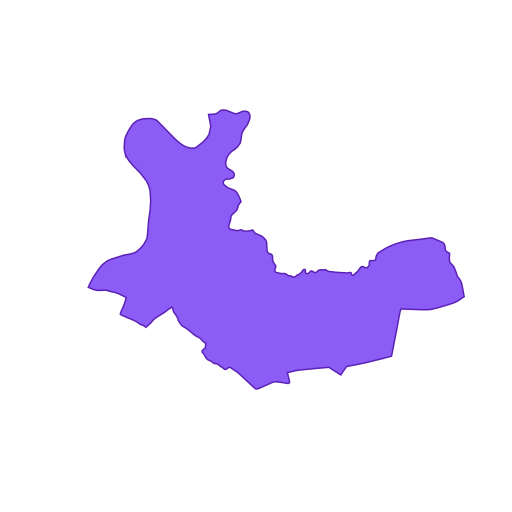 outline of Quan 12, Hồ Chí Minh city, Vietnam, rotated 223°
{"feature_id": "81297802B78652503258302", "entity_name": "Quan 12", "entity_type": "district", "adm_level": 2, "iso_a3": "VNM", "parent_name": "Vietnam", "parent_adm1": "Hồ Chí Minh city", "projection": "mercator", "projection_center": [106.659, 10.861], "detail": "fine", "context": "isolated", "style": "filled", "palette": "violet", "viewbox_px": 512, "rotation_deg": 223, "n_neighbors": 0, "source": "geoboundaries", "source_scale": "gbopen_adm2", "svg_char_len": 5418}
<svg xmlns="http://www.w3.org/2000/svg" viewBox="0 0 512 512"><g transform="rotate(223 256 256)"><path d="M116.2,390.0L118.6,389.4L120.0,389.2L120.9,389.3L122.0,389.8L123.8,391.5L125.5,392.7L126.4,393.1L127.5,393.3L128.6,393.3L130.5,392.6L139.7,389.3L142.2,386.5L145.5,382.4L150.9,376.0L152.9,373.7L153.2,373.2L153.4,373.0L155.7,370.4L156.3,369.5L158.4,366.5L162.0,360.3L164.7,354.7L166.4,350.1L167.6,346.0L168.7,342.0L168.8,341.1L168.5,339.8L168.0,337.8L166.8,336.2L166.3,335.6L166.3,335.0L166.2,334.3L166.5,333.2L167.2,332.4L169.1,330.8L169.4,330.4L169.4,329.7L168.9,328.8L168.3,328.0L167.2,326.9L166.9,326.3L166.8,325.5L166.7,324.1L166.8,323.2L166.9,322.9L167.1,322.5L168.7,321.8L170.7,321.1L171.4,320.5L171.7,319.3L171.6,316.9L171.1,314.5L171.1,313.8L171.5,311.9L171.5,309.4L171.7,308.4L171.9,308.1L172.2,307.6L172.6,307.4L173.4,307.8L174.8,308.5L175.3,308.5L176.0,308.1L178.0,305.5L180.1,303.9L182.5,301.8L186.5,298.6L192.0,294.5L193.4,293.8L195.2,293.6L195.8,293.3L197.0,292.1L199.4,289.9L200.2,288.8L200.6,287.8L200.6,286.0L200.8,285.0L201.4,284.3L201.6,284.2L202.4,283.7L204.4,283.3L205.3,282.8L205.8,282.1L205.8,281.2L205.7,280.0L205.7,279.3L206.1,278.4L206.9,277.7L207.8,277.5L208.8,277.8L209.8,279.0L210.4,279.4L211.0,279.5L211.7,279.0L212.0,278.1L211.7,275.6L211.7,274.0L212.1,271.8L212.9,270.2L213.2,267.7L213.6,266.6L214.5,266.0L216.6,265.3L218.0,264.5L218.9,263.6L219.9,263.5L221.2,263.5L222.3,263.1L223.1,262.8L225.4,260.5L229.8,257.8L231.0,257.6L232.4,258.2L233.4,259.9L234.2,261.7L235.4,262.5L238.4,263.1L240.7,264.1L244.0,267.3L245.6,267.8L249.1,266.5L250.7,266.9L252.8,268.6L258.0,273.6L260.5,274.5L265.2,274.5L269.5,273.0L271.9,272.1L273.2,272.2L273.3,272.2L276.2,272.8L277.2,271.1L279.7,267.8L281.0,266.7L282.4,265.8L284.6,265.2L286.5,262.4L287.2,261.5L290.5,259.6L292.3,258.4L293.8,258.0L295.1,258.2L295.8,258.7L296.8,260.0L298.7,264.0L300.0,266.3L301.2,267.5L301.7,269.7L301.3,275.4L301.5,276.9L302.3,279.0L303.4,280.7L303.6,281.9L304.1,285.6L308.4,287.7L313.2,289.4L316.4,289.4L318.7,288.5L322.9,286.8L326.1,286.4L328.3,286.4L329.8,287.0L330.7,288.5L330.8,290.0L330.5,291.6L327.7,294.5L326.5,296.6L326.1,297.6L326.4,299.1L327.4,300.8L328.8,301.6L331.0,301.9L336.6,300.8L338.7,301.2L340.3,302.1L342.1,303.9L344.3,308.0L344.5,308.7L344.9,310.2L345.3,314.1L345.0,316.4L344.2,319.7L343.9,323.3L344.6,328.0L346.3,330.8L349.2,334.9L350.2,336.8L350.7,338.5L351.4,342.1L351.8,346.0L352.8,348.8L353.2,349.9L353.9,351.6L354.9,353.2L355.7,354.1L356.7,354.9L357.9,355.6L359.0,355.8L359.8,355.9L360.7,355.7L361.5,355.3L362.5,354.7L363.7,353.4L364.6,352.4L365.3,350.7L367.3,346.6L369.5,345.2L372.9,343.9L376.5,342.6L378.4,341.4L379.9,340.1L380.8,339.0L381.3,337.5L381.5,335.4L381.7,334.5L382.1,333.2L383.0,331.7L385.1,329.3L387.3,327.2L385.6,325.9L377.6,320.1L375.0,315.8L373.3,313.0L372.5,308.4L372.5,302.9L373.8,294.9L374.4,293.3L376.9,290.7L380.1,288.8L382.9,287.6L387.1,286.8L392.1,286.4L395.3,286.4L420.4,287.5L421.7,287.4L423.8,286.5L426.1,285.2L428.7,282.9L432.4,279.0L435.1,274.3L435.8,271.4L436.0,269.6L435.9,266.8L434.9,261.3L432.9,254.5L432.8,254.4L431.1,251.2L426.8,245.9L424.4,243.6L421.1,241.4L418.7,239.8L418.4,240.3L414.3,239.1L408.2,238.3L396.8,237.7L387.5,236.2L382.3,234.2L378.0,231.5L373.3,227.1L369.9,223.7L369.1,222.7L364.8,217.4L359.0,209.1L349.7,197.3L347.6,194.1L346.3,189.3L345.9,186.7L345.8,184.0L346.0,180.6L346.4,177.3L347.2,175.2L349.6,171.3L353.3,166.4L353.6,165.9L354.4,164.4L359.5,155.4L361.4,151.1L362.3,146.0L362.4,143.0L362.2,140.3L361.7,136.9L360.6,130.2L359.0,123.6L357.6,119.6L357.3,118.7L351.2,121.0L348.2,122.9L344.2,126.9L342.3,128.7L336.4,131.8L335.2,132.8L330.2,134.9L322.5,137.2L319.8,131.6L317.9,126.8L317.3,124.7L316.0,121.4L315.7,121.0L315.1,120.9L314.5,121.0L313.2,121.4L309.0,122.8L304.9,124.4L301.4,125.6L298.8,126.4L297.2,126.7L295.1,126.9L293.7,127.2L291.8,128.0L289.8,128.7L288.6,128.7L287.9,128.7L287.3,135.1L287.5,139.3L287.2,142.0L286.2,146.0L284.9,150.7L284.1,154.1L283.9,156.1L282.6,161.4L280.7,160.5L278.2,159.0L273.8,158.0L270.7,157.1L269.0,155.9L264.9,154.8L262.3,154.5L258.3,155.4L254.6,155.9L248.3,156.2L245.0,156.6L241.1,157.7L236.9,157.5L234.8,157.5L233.3,158.0L231.4,155.5L230.4,154.1L230.7,152.3L230.7,149.8L229.5,148.9L226.5,148.6L224.1,147.7L221.6,147.2L220.4,147.3L218.6,147.9L217.2,148.5L215.3,148.5L213.4,148.8L213.0,149.1L212.3,149.5L211.4,150.3L209.8,150.9L207.9,150.9L206.2,151.0L205.3,151.5L202.8,151.6L201.6,151.7L200.6,152.8L200.3,154.0L199.8,156.4L198.8,156.9L195.9,157.4L192.2,158.0L190.3,158.3L187.0,158.4L169.8,158.4L166.0,158.5L165.2,158.9L164.5,159.6L163.9,160.5L162.4,163.8L157.4,175.7L155.6,177.6L151.9,180.4L150.1,181.6L145.5,184.7L145.2,185.5L145.2,186.5L148.4,188.8L153.5,192.1L149.5,198.1L148.9,199.0L146.7,201.9L144.1,204.8L143.7,205.3L133.4,217.0L132.7,217.7L129.0,221.8L126.8,224.3L124.1,224.8L120.8,225.4L115.1,226.4L113.6,226.7L113.1,226.9L112.7,227.2L113.0,227.7L113.2,228.3L113.3,229.1L113.5,230.2L113.8,232.7L114.0,234.5L114.3,236.0L114.5,236.7L111.0,241.6L108.9,244.4L106.6,247.7L103.5,252.0L101.3,255.4L94.7,265.4L90.0,272.9L88.6,275.1L89.7,277.0L101.6,296.0L112.6,313.4L113.9,316.1L99.0,329.0L93.7,333.9L91.3,336.6L87.8,342.0L81.1,353.4L79.3,356.8L77.8,360.5L76.4,366.7L76.0,368.2L76.0,368.3L76.7,368.7L82.7,373.2L86.6,376.0L89.1,377.3L92.3,378.1L94.7,378.4L98.1,380.3L102.4,382.4L104.5,383.2L108.6,383.5L110.7,384.0L113.8,387.0L116.2,390.0Z" fill="#8b5cf6" stroke="#5b21b6" stroke-width="1.5"/></g></svg>